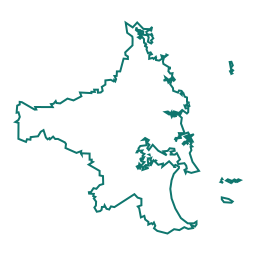 Whangarei District, Northland, New Zealand
{"feature_id": "76426892B88537535922351", "entity_name": "Whangarei District", "entity_type": "district", "adm_level": 2, "iso_a3": "NZL", "parent_name": "New Zealand", "parent_adm1": "Northland", "projection": "orthographic", "projection_center": [174.414, -35.694], "detail": "fine", "context": "isolated", "style": "outline", "palette": "teal", "viewbox_px": 256, "rotation_deg": 0, "n_neighbors": 0, "source": "geoboundaries", "source_scale": "gbopen_adm2", "svg_char_len": 5874}
<svg xmlns="http://www.w3.org/2000/svg" viewBox="0 0 256 256"><path d="M19.7,104.5L17.2,105.6L16.6,112.7L18.5,112.3L19.8,116.9L18.5,119.9L15.4,122.0L18.5,122.8L18.4,138.8L26.0,141.9L27.0,139.2L30.4,139.7L30.7,137.1L38.0,136.3L40.7,131.8L43.5,130.1L45.9,137.5L47.6,139.3L49.4,138.2L50.0,139.3L53.1,136.6L55.2,139.0L57.9,138.9L64.9,142.4L66.0,144.0L65.5,148.0L76.5,152.9L81.2,151.1L80.9,153.5L81.7,154.7L81.6,153.3L89.6,153.6L89.6,159.7L91.7,159.7L91.5,161.2L93.0,161.9L88.7,164.6L99.6,170.9L99.6,175.4L103.0,176.1L103.2,184.0L99.6,185.1L96.4,188.8L93.5,188.2L91.0,192.0L88.9,192.2L89.1,193.6L93.8,193.9L93.2,196.1L95.3,196.9L93.8,198.5L96.1,201.6L95.9,205.6L94.4,207.5L96.8,211.7L100.1,211.1L101.6,209.8L101.9,207.0L104.1,206.9L104.6,205.3L106.5,208.8L109.2,209.5L111.0,206.4L114.4,207.1L134.4,194.2L137.6,197.6L141.4,198.8L141.4,205.3L137.8,206.5L139.2,208.3L140.9,217.4L144.3,215.9L145.2,219.5L148.4,221.9L148.3,224.6L151.4,223.2L152.6,224.2L153.9,222.5L155.3,225.8L154.0,228.3L157.3,230.9L167.5,233.5L174.1,229.2L179.4,230.1L184.3,227.2L188.2,228.9L192.9,228.1L191.1,225.1L194.9,226.6L196.5,224.5L196.5,221.6L194.0,223.3L187.7,223.3L180.9,218.1L175.3,208.5L171.6,198.5L170.3,188.9L171.6,180.2L173.8,173.9L178.9,168.2L178.9,166.6L175.4,164.9L174.0,166.0L174.7,167.0L173.3,167.0L174.3,166.6L169.1,161.3L162.3,166.8L162.9,163.6L158.3,164.8L153.5,160.2L150.5,165.9L151.0,163.6L149.9,163.3L152.0,161.3L150.5,160.3L151.1,158.1L149.8,158.8L148.3,158.4L147.7,160.0L148.5,165.5L145.9,165.0L144.3,166.3L144.4,166.8L146.6,167.3L147.7,167.8L147.8,168.2L142.6,169.9L143.3,167.3L140.4,166.3L140.4,169.6L139.7,166.3L138.0,168.5L136.8,166.5L139.0,165.5L139.3,163.7L141.2,165.7L144.4,162.1L141.4,161.3L140.4,159.2L141.3,158.9L141.1,158.4L141.4,157.9L141.5,157.7L141.3,159.3L142.9,159.5L144.0,157.3L142.6,157.6L142.6,155.7L144.4,153.9L141.3,152.4L142.4,150.5L138.9,150.9L139.1,149.6L138.7,150.6L137.5,150.9L137.4,152.3L136.7,152.3L137.5,150.8L138.7,150.3L138.5,148.4L140.3,146.0L146.6,145.2L145.9,139.4L143.0,139.8L145.1,138.0L148.8,140.1L146.9,142.6L149.4,144.8L147.3,148.2L148.8,150.0L152.7,144.8L158.2,150.7L166.6,155.3L163.4,151.3L167.7,150.9L169.7,148.3L174.3,148.8L174.7,150.8L170.6,151.7L172.0,153.9L169.7,154.5L174.9,154.6L176.8,153.1L180.0,159.4L177.4,161.8L178.3,164.0L184.4,163.2L186.2,165.7L186.8,168.6L184.4,170.0L185.7,173.1L186.5,171.3L191.3,172.9L199.0,170.9L192.5,161.8L189.7,153.1L191.4,150.2L190.6,147.0L192.3,146.5L190.4,144.6L191.4,143.4L190.3,142.1L192.8,141.7L190.4,137.2L193.8,134.2L187.0,136.5L190.5,138.8L188.7,140.0L190.0,140.7L186.9,141.8L187.9,143.3L187.5,143.8L186.3,142.4L184.3,144.2L184.3,142.4L182.1,144.5L184.3,141.9L186.0,142.1L187.9,139.5L184.7,136.6L189.4,134.7L188.1,132.5L180.1,135.3L180.9,137.9L175.7,138.6L176.5,139.9L176.3,140.2L176.1,140.3L176.2,140.9L175.8,141.6L176.1,140.3L176.3,139.9L175.1,139.3L175.9,137.9L178.9,138.1L179.4,137.2L177.9,136.5L179.8,136.4L178.9,133.1L184.6,133.2L181.0,123.5L181.8,117.8L179.6,115.8L182.2,110.9L177.9,114.7L175.5,114.0L175.9,116.1L174.1,116.5L173.0,114.7L171.8,116.9L170.8,114.1L170.7,115.0L170.4,113.9L169.1,114.5L165.1,112.0L167.9,111.5L170.6,113.4L171.5,112.0L171.8,114.5L173.8,111.4L175.8,112.0L174.3,112.4L174.3,114.2L175.8,112.7L179.1,112.8L182.2,110.0L186.9,113.5L188.2,112.2L188.3,108.1L185.6,108.4L184.5,105.5L188.2,106.0L186.3,104.8L188.5,102.4L187.0,101.9L187.0,97.5L184.7,96.7L183.4,93.2L181.7,93.2L181.7,94.8L180.5,93.7L182.3,91.9L181.5,90.9L179.0,90.5L178.0,92.6L173.2,90.8L173.0,88.1L170.2,84.2L172.2,79.1L168.3,80.8L169.1,81.5L168.9,82.3L168.4,82.7L167.5,80.1L163.6,80.6L165.9,79.1L165.3,77.2L168.8,79.9L171.8,77.8L173.8,80.7L174.8,79.7L172.0,76.1L172.5,73.2L170.3,73.6L168.4,71.3L168.9,67.2L163.4,63.9L162.9,61.4L164.3,56.4L161.4,55.5L162.3,58.6L159.1,60.6L156.0,60.0L155.7,57.0L153.6,58.9L152.7,57.9L149.2,58.8L149.3,55.1L151.8,54.2L150.6,52.4L148.0,53.2L146.5,49.4L147.0,47.3L145.0,46.1L145.6,43.5L144.0,42.7L144.0,39.1L142.1,36.9L140.1,38.7L138.2,37.3L141.5,35.8L141.7,34.2L139.9,35.3L139.4,33.3L138.2,34.8L138.8,32.4L135.9,30.0L136.5,27.4L137.1,29.7L138.4,29.9L137.9,30.9L138.8,30.1L140.9,30.2L139.1,30.8L140.5,33.2L141.8,30.9L143.3,31.4L142.9,34.7L147.5,35.2L148.7,37.3L147.9,41.7L151.2,43.5L152.3,42.3L151.0,40.5L153.3,38.3L151.3,34.9L147.0,34.2L146.3,31.8L149.2,30.0L151.2,30.6L152.1,26.9L150.0,29.2L143.4,28.9L137.2,22.5L132.7,27.4L125.7,22.7L127.2,32.8L132.3,36.5L132.6,38.6L132.5,45.4L125.2,52.4L125.5,55.0L127.9,56.5L127.9,59.0L123.6,58.6L120.2,71.4L116.9,71.4L116.7,75.9L114.5,76.0L116.1,79.1L115.3,81.3L114.1,79.9L113.6,81.3L110.8,79.8L105.4,80.4L105.4,84.6L101.8,86.9L102.7,90.8L100.7,92.5L97.9,92.7L97.9,89.7L94.2,89.7L94.8,91.9L91.4,91.8L91.4,93.1L80.0,92.5L81.4,96.3L73.5,100.4L67.5,98.6L60.2,103.4L56.4,103.0L55.7,101.1L53.5,103.8L51.0,104.1L52.7,107.1L35.2,107.0L36.3,109.5L34.7,109.6L21.9,102.2L19.7,101.9L19.7,104.5ZM228.7,199.0L221.8,197.4L221.8,199.4L224.0,202.2L231.5,202.7L232.7,201.5L228.7,199.0ZM227.8,179.3L226.1,180.6L230.8,182.9L231.2,180.6L227.8,179.3ZM231.4,61.8L229.7,62.0L230.8,68.0L232.8,65.4L231.4,61.8ZM234.4,179.4L232.0,181.0L232.4,182.1L233.5,181.0L235.6,181.9L236.1,180.2L234.4,179.4ZM231.1,68.9L231.3,70.5L230.0,71.2L230.9,72.9L233.1,70.4L231.1,68.9ZM240.6,180.2L238.3,179.3L236.3,180.9L237.3,181.9L240.6,180.2ZM223.0,182.9L221.4,181.3L220.6,182.0L223.0,182.9ZM167.4,55.1L166.4,54.6L166.3,55.5L165.5,55.8L165.3,56.7L167.4,55.1ZM222.0,178.6L221.6,179.3L222.4,179.2L222.0,178.6ZM189.2,105.4L188.9,106.3L189.4,106.1L189.2,105.4ZM156.1,160.6L154.9,160.0L156.0,160.7L156.1,160.6ZM232.2,73.5L231.5,72.9L231.5,73.8L232.2,73.5ZM149.4,158.4L150.5,158.1L149.2,158.3L149.4,158.4ZM151.9,34.5L151.6,33.9L151.1,34.3L151.9,34.5ZM170.0,68.4L169.4,68.9L170.0,68.6L170.0,68.4ZM149.6,154.9L149.5,154.5L149.1,154.6L149.6,154.9ZM156.9,57.7L156.6,57.6L156.0,57.7L156.9,57.7ZM146.3,44.5L146.4,44.8L146.9,44.9L146.3,44.5Z" fill="none" stroke="#0f766e" stroke-width="2"/></svg>